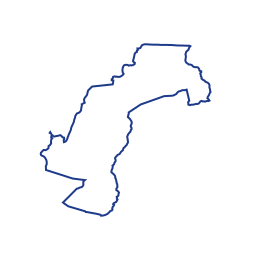 outline of Esplanada, Bahia, Brazil, rotated 244°
{"feature_id": "56859067B16416208694581", "entity_name": "Esplanada", "entity_type": "district", "adm_level": 2, "iso_a3": "BRA", "parent_name": "Brazil", "parent_adm1": "Bahia", "projection": "robinson", "projection_center": [-37.881, -11.95], "detail": "fine", "context": "isolated", "style": "outline", "palette": "blue", "viewbox_px": 256, "rotation_deg": 244, "n_neighbors": 0, "source": "geoboundaries", "source_scale": "gbopen_adm2", "svg_char_len": 4837}
<svg xmlns="http://www.w3.org/2000/svg" viewBox="0 0 256 256"><g transform="rotate(244 128 128)"><path d="M83.8,40.0L72.0,52.9L71.0,53.2L70.5,54.2L64.3,62.6L62.0,65.3L61.0,65.3L60.5,66.4L60.1,67.9L59.8,69.5L59.8,70.6L59.8,72.0L60.4,73.8L60.7,74.8L61.2,75.9L60.9,77.2L61.5,78.3L62.7,78.6L63.7,79.6L64.4,81.1L65.0,81.8L66.1,81.3L66.7,82.3L66.7,83.3L66.7,85.0L67.6,86.3L68.4,87.3L69.2,86.9L70.2,87.5L71.1,87.7L71.2,89.2L71.9,90.1L72.9,90.5L73.9,91.6L75.1,91.4L76.1,91.0L77.3,90.3L78.4,90.8L79.1,91.9L79.7,92.7L80.6,93.0L81.7,93.5L82.8,93.7L83.7,93.7L84.7,94.1L85.7,94.3L87.3,94.7L88.7,94.6L89.5,95.1L90.4,95.3L91.5,95.2L92.3,95.0L93.2,94.7L94.2,94.2L95.7,93.7L96.6,94.4L97.5,95.0L98.3,96.2L99.4,96.9L100.2,97.5L101.0,97.6L101.2,98.7L101.6,99.7L102.4,100.3L103.0,101.0L103.5,102.1L104.5,102.8L105.5,102.9L106.7,103.2L107.5,104.7L107.9,106.0L108.4,106.8L108.3,107.9L108.3,109.0L109.1,110.4L109.7,111.4L110.0,112.5L110.3,113.7L111.0,114.2L111.9,115.2L112.4,117.1L113.0,118.1L113.2,119.2L114.2,120.4L114.8,121.4L115.9,122.1L117.0,122.3L118.0,122.8L119.5,123.1L120.9,123.7L121.4,124.5L122.2,125.2L122.7,126.3L123.3,127.4L123.5,128.4L124.2,129.1L125.0,129.7L125.5,130.7L126.7,131.3L127.9,131.1L128.8,131.4L129.4,132.1L130.1,132.9L131.0,133.7L132.4,134.0L133.7,133.9L135.2,133.7L136.7,133.2L137.9,132.7L139.3,133.8L140.5,134.9L141.7,135.5L143.6,149.8L142.9,155.6L140.8,174.4L137.8,181.5L137.4,182.8L137.3,184.2L137.4,185.4L137.4,186.5L138.1,187.6L138.6,189.2L138.4,190.6L138.2,191.7L138.2,193.3L137.7,194.5L137.0,195.8L136.8,197.5L125.6,195.0L125.3,194.0L124.6,193.2L123.4,193.0L122.6,192.5L121.3,193.8L121.1,195.5L120.4,196.7L120.1,198.4L119.7,199.9L119.1,201.1L119.0,202.3L119.6,203.6L120.2,204.9L120.1,206.0L119.1,206.8L118.7,207.9L117.9,208.8L117.8,210.0L117.6,211.0L117.0,212.0L116.9,213.2L117.9,213.1L118.9,212.9L120.0,212.4L121.2,213.6L121.9,215.0L122.9,216.1L123.8,217.1L124.2,218.0L125.5,218.1L126.9,218.7L128.6,218.9L129.8,219.5L130.7,220.0L131.9,220.1L133.4,219.7L134.5,218.9L135.7,217.8L137.1,217.6L138.1,216.7L139.1,216.2L140.2,215.7L141.5,216.4L142.7,216.2L143.7,216.7L144.7,216.8L145.5,216.9L146.0,218.3L146.9,218.7L147.5,217.8L148.4,217.4L149.5,217.8L150.6,217.7L151.7,217.5L152.3,216.8L153.0,215.5L153.9,214.1L155.1,213.3L156.5,213.0L157.7,211.9L158.4,210.5L159.7,209.9L161.1,209.1L162.5,208.9L163.9,209.3L165.1,210.2L165.8,210.7L166.7,211.3L167.8,211.7L169.0,211.9L170.2,213.0L171.0,213.8L171.3,214.9L171.6,215.8L171.9,216.8L172.8,217.5L173.6,218.6L174.2,219.9L175.1,219.2L175.6,218.0L176.2,216.9L176.8,215.8L177.2,215.0L178.0,213.6L178.9,211.7L179.6,210.4L180.3,209.1L181.0,207.7L181.6,206.8L182.2,205.7L183.2,204.1L183.8,203.0L184.3,201.9L185.0,200.6L185.4,199.8L186.1,198.5L186.7,197.1L187.4,195.8L188.0,194.5L188.7,193.2L189.3,192.3L189.8,191.2L190.4,190.2L190.9,189.2L191.5,187.8L192.5,186.0L193.2,184.7L193.8,183.6L194.5,182.4L195.1,181.4L195.6,180.3L196.1,179.3L196.2,178.0L196.2,176.6L195.3,175.4L194.5,174.2L194.7,172.8L195.3,171.4L193.9,171.2L193.8,170.0L192.4,169.3L192.5,168.3L192.2,167.3L191.5,166.3L189.7,165.0L188.7,164.1L187.9,163.6L187.0,162.7L186.0,161.8L184.7,162.0L183.6,162.7L182.6,162.1L182.4,160.9L182.4,159.7L182.7,158.6L183.5,157.5L183.7,156.0L184.6,155.5L185.4,154.5L185.9,153.2L186.1,152.0L185.5,150.9L184.9,150.2L184.2,149.5L183.1,148.8L181.9,148.1L180.7,147.8L179.6,147.6L178.6,147.8L178.1,146.9L177.8,146.0L177.6,144.4L177.6,143.0L178.0,142.1L178.5,141.0L179.3,140.2L179.5,139.3L180.3,138.6L180.5,137.0L179.3,136.1L178.9,134.7L178.0,134.3L177.1,135.6L175.9,134.9L174.7,134.0L173.9,133.4L181.0,113.9L179.3,108.8L178.5,107.9L177.7,107.3L176.9,106.7L175.7,105.6L175.1,104.6L174.4,103.1L173.8,101.9L172.8,100.9L171.0,100.3L169.7,100.2L169.6,96.8L168.6,96.5L167.8,95.8L167.1,95.3L166.1,94.6L165.3,94.0L164.5,93.6L164.0,92.8L163.5,91.7L163.2,90.4L163.5,88.7L162.7,87.0L162.0,86.1L161.2,85.4L160.2,84.6L159.2,83.5L158.5,82.9L157.8,82.4L157.0,81.7L156.0,80.6L155.1,79.4L154.2,78.3L153.2,77.2L152.5,76.6L151.5,75.9L150.5,74.8L149.7,73.9L149.1,73.1L148.1,71.9L147.0,70.8L146.2,69.8L145.3,69.1L144.6,68.3L143.7,67.1L143.3,66.2L143.2,65.1L143.4,64.2L145.5,65.0L146.1,65.9L147.4,66.3L148.2,65.2L149.1,64.9L150.3,64.6L151.3,63.9L151.5,62.9L151.6,61.8L152.1,60.3L152.5,58.4L153.1,57.3L154.2,57.1L155.3,56.5L154.2,55.5L153.1,54.8L151.9,55.3L151.6,54.3L149.9,53.0L147.8,52.1L146.9,50.6L146.6,48.7L145.5,48.1L144.7,47.6L144.3,46.0L144.2,44.9L144.3,44.0L145.3,42.5L143.9,38.9L143.0,38.2L141.9,38.0L141.0,38.4L140.2,39.1L139.0,40.0L137.5,40.4L136.2,40.5L135.1,40.5L134.0,40.3L132.7,39.9L131.6,39.3L130.8,38.8L129.8,37.5L126.2,35.9L113.4,49.3L109.7,53.1L106.7,56.3L100.1,66.4L99.8,65.2L99.2,64.2L97.9,63.6L96.6,63.1L96.0,62.4L95.4,61.5L95.2,60.2L95.6,58.8L95.6,57.5L95.6,56.5L95.9,55.3L89.5,36.9L88.1,37.6L83.8,40.0ZM158.4,56.3L157.9,55.5L156.6,56.4L158.4,56.3Z" fill="none" stroke="#1e3a8a" stroke-width="2"/></g></svg>